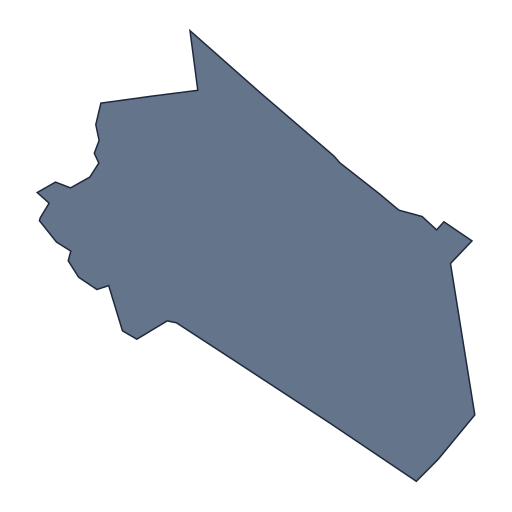 the district of Belknap, New Hampshire, United States of America
{"feature_id": "52423323B67114126748544", "entity_name": "Belknap", "entity_type": "district", "adm_level": 2, "iso_a3": "USA", "parent_name": "United States of America", "parent_adm1": "New Hampshire", "projection": "robinson", "projection_center": [-71.508, 43.523], "detail": "fine", "context": "isolated", "style": "filled", "palette": "slate", "viewbox_px": 512, "rotation_deg": 0, "n_neighbors": 0, "source": "geoboundaries", "source_scale": "gbopen_adm2", "svg_char_len": 627}
<svg xmlns="http://www.w3.org/2000/svg" viewBox="0 0 512 512"><path d="M40.3,217.7L39.4,220.7L56.5,242.1L70.8,251.1L68.2,260.8L78.7,277.3L96.9,289.5L108.7,285.6L122.5,330.9L136.8,339.2L167.2,320.9L176.4,322.8L236.1,361.7L248.6,369.9L329.7,423.0L416.3,481.3L438.0,459.5L474.8,414.9L450.5,263.5L472.0,240.9L443.9,221.8L436.6,229.9L422.1,216.5L398.9,210.2L379.5,193.9L339.8,162.8L333.7,155.8L333.2,155.4L260.1,92.6L190.0,30.7L197.8,90.3L152.1,96.1L100.9,103.1L95.8,124.6L99.1,140.5L94.3,153.2L98.8,163.1L89.9,177.0L70.5,187.9L55.5,182.1L37.2,192.5L49.1,203.2L40.3,217.7Z" fill="#64748b" stroke="#1e293b" stroke-width="1.5"/></svg>